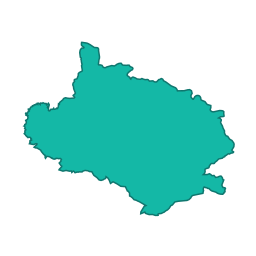 Ambohidratrimo, Analamanga, Madagascar, rotated 84°
{"feature_id": "10022922B52736847594449", "entity_name": "Ambohidratrimo", "entity_type": "district", "adm_level": 2, "iso_a3": "MDG", "parent_name": "Madagascar", "parent_adm1": "Analamanga", "projection": "robinson", "projection_center": [47.401, -18.676], "detail": "fine", "context": "isolated", "style": "filled", "palette": "teal", "viewbox_px": 256, "rotation_deg": 84, "n_neighbors": 0, "source": "geoboundaries", "source_scale": "gbopen_adm2", "svg_char_len": 5815}
<svg xmlns="http://www.w3.org/2000/svg" viewBox="0 0 256 256"><g transform="rotate(84 128 128)"><path d="M162.4,201.0L164.1,197.2L163.8,194.7L163.8,193.8L164.8,190.8L164.9,188.7L166.3,188.5L165.1,186.9L165.7,186.0L166.8,185.6L166.9,184.9L166.5,183.4L166.7,181.7L166.5,181.1L166.9,178.3L166.1,177.1L165.7,175.1L166.4,172.2L167.3,170.9L167.7,168.6L171.5,166.9L174.1,164.0L176.6,162.2L177.3,160.3L176.9,158.1L176.2,156.9L176.1,156.1L175.4,155.3L174.1,154.9L175.7,153.2L178.0,152.1L181.3,151.2L179.9,148.5L182.6,144.5L185.2,141.3L186.1,136.7L190.6,135.2L190.7,134.6L192.7,133.3L195.8,133.5L196.5,132.3L197.9,130.9L199.9,129.5L200.7,127.4L201.7,125.9L202.5,124.4L207.0,118.3L207.5,120.0L212.7,123.9L214.6,124.3L213.4,120.1L213.6,119.8L214.6,119.6L214.9,119.2L216.3,116.1L216.6,112.5L217.8,109.9L218.0,107.5L217.9,107.1L217.0,107.2L216.5,106.8L216.5,103.9L215.6,101.5L215.5,100.9L214.3,99.1L213.6,97.3L212.2,95.5L209.6,93.4L209.2,91.9L206.6,89.3L206.4,88.8L206.1,85.5L206.2,76.9L205.5,74.7L204.0,72.8L203.1,72.3L202.3,71.5L201.8,70.5L200.8,60.3L198.7,59.7L198.3,59.4L197.1,59.6L195.8,59.3L194.7,58.6L194.7,58.2L195.5,56.8L195.6,56.0L196.4,55.0L196.7,53.7L198.3,52.5L199.3,51.3L201.0,47.3L202.2,45.9L202.9,44.5L203.4,43.1L203.8,40.7L203.5,40.3L202.7,39.3L202.1,39.3L201.6,38.2L200.6,38.1L199.7,38.4L199.1,38.0L198.9,37.6L198.5,37.4L197.6,37.8L197.1,39.8L194.6,40.7L189.7,38.2L189.2,39.1L187.5,39.3L185.8,40.2L185.5,40.7L185.6,42.2L186.2,43.8L186.3,46.0L184.2,47.4L184.2,49.3L184.0,49.7L182.9,50.5L182.0,51.8L182.6,54.1L182.2,57.9L181.5,57.0L180.3,56.2L179.2,55.8L178.0,55.9L177.1,55.7L176.5,54.4L176.1,52.0L175.7,51.6L174.2,51.0L172.3,49.3L172.0,48.3L172.3,46.9L172.2,45.9L171.1,44.9L169.8,42.8L168.5,41.4L168.2,40.7L167.9,37.4L167.0,36.2L166.7,34.9L166.3,34.5L165.8,34.4L165.6,33.5L164.1,30.9L164.5,29.7L163.9,28.6L163.7,27.4L163.7,26.5L163.3,25.7L162.8,25.5L161.5,26.9L160.8,27.0L157.7,24.7L155.2,24.2L154.0,24.4L151.3,25.9L149.7,28.1L146.7,29.7L146.0,31.3L144.6,32.1L142.7,32.6L141.0,32.3L138.0,33.5L135.9,33.9L132.6,35.3L131.6,35.2L130.4,34.5L129.5,34.4L128.0,35.5L127.5,36.8L126.5,34.7L126.6,32.2L126.2,31.2L123.9,31.3L121.8,31.0L121.0,31.7L120.6,32.7L120.2,34.9L120.9,41.3L120.6,42.6L120.1,43.4L119.1,44.2L118.2,44.3L116.4,43.5L114.3,43.3L113.0,46.5L112.6,47.0L109.8,48.7L107.9,52.2L107.2,52.5L105.3,52.6L104.2,53.1L103.6,53.6L103.2,54.2L102.9,55.1L102.9,56.2L103.0,56.8L103.8,58.2L106.2,60.0L106.2,60.4L104.3,61.9L103.8,62.1L102.0,61.9L100.2,60.6L97.6,61.0L96.3,62.6L96.3,64.8L96.8,68.3L96.2,75.0L94.7,75.3L93.0,76.4L90.6,80.7L86.4,85.3L84.7,87.7L83.2,88.3L82.5,89.2L82.3,89.8L83.0,91.1L83.0,92.1L83.3,92.6L85.1,94.7L85.1,96.0L84.8,97.1L83.9,98.0L83.7,98.4L83.6,101.8L82.1,102.9L81.8,103.6L81.7,105.9L81.1,107.5L80.3,108.9L80.3,109.4L80.9,110.5L80.2,113.8L79.0,115.4L77.9,117.6L77.9,118.2L78.2,118.8L79.0,119.7L79.7,120.1L79.0,120.7L78.0,120.8L76.4,122.6L75.6,123.3L75.0,123.3L73.8,122.8L72.7,121.6L70.9,118.8L70.5,117.5L69.4,116.9L68.4,117.2L67.2,119.3L66.8,119.7L65.7,120.2L65.5,121.3L65.5,123.1L65.0,126.3L64.4,127.2L63.0,127.9L62.8,128.9L62.9,130.6L63.1,131.3L63.3,131.4L63.5,132.5L64.3,133.7L64.9,135.1L64.2,137.6L65.1,143.0L65.6,143.8L65.5,145.2L65.1,146.2L63.0,147.3L62.4,148.7L62.2,150.4L61.7,150.8L57.1,149.8L55.6,149.1L54.2,148.9L48.1,149.2L46.4,149.0L45.4,149.4L44.9,150.2L44.4,153.1L41.0,157.2L39.6,159.3L39.1,160.6L38.0,164.8L38.0,165.2L39.3,165.5L40.6,165.6L41.3,165.3L43.0,163.5L43.5,163.4L43.8,163.8L43.8,165.9L45.5,167.4L48.0,168.1L52.7,168.0L53.4,167.3L53.8,167.2L54.9,167.6L55.5,167.4L57.6,167.4L59.7,167.1L60.4,167.2L61.1,167.7L66.0,167.4L66.6,167.7L67.7,170.6L68.6,171.7L70.9,172.1L72.3,172.9L73.5,173.4L73.8,173.8L74.1,175.8L74.4,176.3L74.8,176.5L76.1,176.3L77.5,177.8L78.2,178.1L79.4,178.4L81.2,177.9L83.3,177.9L87.7,176.7L88.7,177.4L89.8,179.1L90.1,179.2L91.4,178.0L92.0,177.8L92.4,178.2L92.6,179.0L92.5,180.8L92.5,182.8L92.0,185.2L91.4,186.9L91.7,188.4L92.2,189.2L93.0,189.7L95.3,193.1L96.1,193.6L97.4,193.8L97.4,194.1L96.9,194.6L99.9,195.2L101.2,196.1L101.3,196.3L100.8,196.9L101.5,197.7L101.7,199.3L101.4,199.8L100.6,199.9L101.6,200.9L101.3,202.7L102.4,203.5L102.8,204.2L102.6,204.9L102.1,205.3L101.0,204.9L100.1,205.4L99.1,204.8L99.0,205.1L99.3,205.8L99.2,206.0L98.1,205.6L97.7,204.2L96.6,203.9L95.0,204.6L95.2,204.9L95.8,205.0L96.5,206.6L95.1,206.8L94.9,208.5L94.0,209.9L94.4,210.3L94.5,210.9L94.0,212.1L94.2,212.5L95.5,212.9L94.8,213.4L94.6,213.9L94.0,214.2L94.0,215.3L94.8,215.4L94.1,215.9L95.0,216.7L94.8,217.4L95.2,217.6L95.1,218.1L95.2,219.0L95.9,219.4L95.8,220.7L96.6,220.8L97.2,222.7L99.2,223.7L98.7,224.5L98.8,225.2L99.1,225.2L99.5,224.4L100.1,224.6L100.8,224.5L100.8,225.4L102.6,226.3L102.7,226.9L102.4,227.9L103.2,228.4L103.5,228.2L103.6,226.9L103.9,227.0L104.4,228.0L104.7,228.1L105.3,226.3L105.8,226.7L107.0,226.3L108.9,227.1L109.7,229.0L110.1,229.0L110.5,228.5L111.7,228.5L113.4,229.2L113.7,230.3L114.8,230.5L115.2,231.2L115.5,230.7L116.8,230.3L117.4,230.4L117.8,230.8L118.9,229.8L119.3,229.9L119.8,230.7L121.1,231.0L121.9,230.9L122.8,231.8L124.0,230.7L124.5,230.6L125.3,229.9L125.8,229.8L125.9,229.3L127.1,228.5L126.9,227.5L127.1,226.3L127.3,226.0L128.0,225.8L128.4,225.4L128.7,225.8L129.1,225.8L129.9,225.1L130.3,225.7L130.3,226.2L130.5,226.9L131.8,227.0L132.2,226.6L132.4,226.7L132.3,227.1L132.8,227.5L133.2,227.3L133.4,227.5L134.6,223.6L133.9,221.0L134.4,220.1L135.5,220.8L135.8,221.5L137.3,223.4L138.1,222.1L138.4,220.6L140.9,217.1L142.2,216.7L145.1,214.8L146.4,213.7L146.5,213.3L148.8,213.5L149.5,213.2L147.7,211.7L148.3,209.2L149.5,207.7L149.6,207.1L150.0,207.1L150.1,206.6L150.8,205.9L151.3,204.6L150.8,203.1L151.0,203.0L150.7,202.6L150.9,200.9L151.3,200.2L151.3,199.4L151.1,198.7L152.2,197.5L153.1,198.1L154.3,198.3L155.3,199.9L155.7,200.1L158.5,198.5L158.9,197.9L159.6,198.0L161.7,200.5L162.4,201.0Z" fill="#14b8a6" stroke="#0f766e" stroke-width="1.5"/></g></svg>